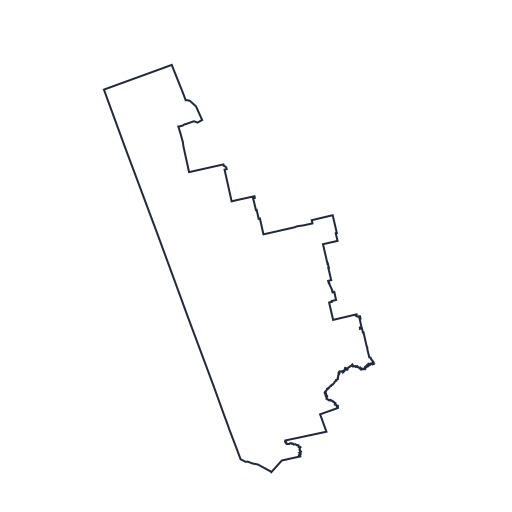 West Wimmera, Victoria, Australia, rotated 340°
{"feature_id": "25037944B702157588032", "entity_name": "West Wimmera", "entity_type": "district", "adm_level": 2, "iso_a3": "AUS", "parent_name": "Australia", "parent_adm1": "Victoria", "projection": "mercator", "projection_center": [141.548, -36.599], "detail": "fine", "context": "isolated", "style": "outline", "palette": "slate", "viewbox_px": 512, "rotation_deg": 340, "n_neighbors": 0, "source": "geoboundaries", "source_scale": "gbopen_adm2", "svg_char_len": 5809}
<svg xmlns="http://www.w3.org/2000/svg" viewBox="0 0 512 512"><g transform="rotate(340 256 256)"><path d="M262.1,445.2L262.1,426.7L281.8,426.8L281.6,426.7L281.5,426.4L281.5,425.8L281.3,425.5L281.5,425.1L281.2,425.1L280.5,424.9L280.5,424.4L280.5,424.2L280.8,423.8L280.7,423.5L280.4,423.4L280.2,423.0L279.3,422.7L279.2,422.6L279.4,422.1L279.6,422.0L279.9,422.2L280.1,422.0L280.3,421.3L280.2,421.2L279.7,420.9L279.6,420.4L279.3,419.9L278.9,419.7L278.9,419.1L278.3,418.8L278.1,418.3L277.9,418.0L277.7,417.6L277.2,417.7L276.8,417.4L276.7,416.9L276.5,416.5L275.4,416.7L275.3,416.3L274.7,415.9L274.6,415.7L274.1,415.2L274.2,414.8L274.0,414.7L273.8,414.3L273.5,414.2L273.8,413.5L273.7,413.3L274.8,412.4L275.0,412.1L274.9,411.8L274.9,411.4L274.6,411.2L274.4,411.1L274.3,411.3L274.3,411.7L274.1,411.9L273.8,411.8L273.6,411.3L273.8,410.6L273.9,410.1L274.7,409.5L274.8,409.2L274.8,408.6L274.7,408.5L274.2,408.4L273.8,408.4L274.0,407.9L273.9,407.7L274.1,407.5L274.6,407.1L274.8,407.0L275.1,407.3L275.6,407.0L276.1,406.4L276.8,406.0L277.1,405.6L277.2,405.1L277.6,405.0L277.8,405.5L278.7,405.4L278.9,405.2L279.0,405.0L279.2,404.8L280.1,404.5L280.3,404.2L281.3,403.7L282.0,403.8L282.3,403.3L283.4,402.9L283.8,403.1L284.3,403.1L284.5,402.9L285.5,402.2L285.9,402.1L286.8,401.3L287.5,401.0L287.9,400.7L288.6,400.7L288.8,400.1L289.1,400.3L289.7,399.9L290.6,399.7L290.9,399.1L291.2,399.2L291.3,399.0L291.2,398.3L292.0,397.3L292.2,396.8L292.4,396.7L292.6,396.1L293.0,395.7L293.3,395.7L293.4,395.4L293.8,395.3L294.1,395.1L294.1,394.8L293.9,394.5L294.2,394.5L294.4,394.3L294.5,394.1L294.3,393.9L294.4,393.7L294.3,393.4L294.7,393.1L295.1,393.0L295.7,393.4L296.5,393.5L297.1,393.7L297.7,394.2L297.7,394.4L297.6,394.5L298.0,394.8L298.0,395.1L298.4,394.9L298.3,394.2L298.5,393.7L299.0,393.7L299.3,394.2L299.6,394.4L300.0,394.1L301.0,392.1L301.5,391.6L301.8,391.8L301.8,392.5L301.8,393.4L302.0,393.8L302.6,394.1L303.1,394.1L303.3,393.9L303.3,393.5L303.1,393.1L303.1,392.7L303.9,392.9L304.2,392.6L304.9,392.5L305.2,392.3L305.8,392.3L306.3,392.2L306.7,391.8L307.2,391.9L307.7,391.7L308.5,391.6L309.2,390.9L309.5,390.8L309.6,391.2L309.5,391.4L309.2,391.8L308.9,391.9L308.7,392.1L309.1,392.3L309.3,392.7L309.3,393.0L310.1,393.2L310.5,393.1L311.0,393.2L311.3,393.4L311.3,393.6L311.4,393.9L311.8,394.4L312.0,394.4L312.3,393.8L312.7,394.1L312.5,394.4L312.9,394.7L313.1,394.0L313.4,394.0L313.7,394.8L314.6,396.3L314.9,396.5L315.3,396.4L315.5,396.4L315.4,396.7L315.0,397.0L315.3,397.4L315.3,397.7L315.4,397.9L316.1,397.8L315.9,398.2L316.0,398.8L316.5,398.9L317.6,398.5L317.9,398.5L318.0,398.7L318.0,398.9L318.2,399.1L318.4,399.2L318.5,399.1L318.5,398.7L319.1,398.7L319.2,399.2L319.8,399.7L320.2,399.5L320.3,399.3L320.4,398.6L320.3,398.4L320.7,398.2L321.1,398.2L321.1,397.9L320.7,398.0L320.4,397.9L320.6,397.4L321.1,397.2L321.8,397.6L322.4,397.7L322.6,398.0L323.5,398.0L323.5,397.8L323.5,397.3L323.4,397.2L323.1,397.1L323.1,396.9L322.9,396.8L322.9,396.5L323.2,396.4L323.6,396.4L324.1,396.1L324.3,396.2L324.2,396.5L324.4,396.7L324.1,397.1L324.7,397.2L324.9,397.4L325.1,397.4L324.9,396.9L325.2,396.5L325.3,396.0L325.6,396.2L326.7,396.3L326.9,396.6L327.3,396.4L327.6,396.7L327.7,397.1L328.2,397.1L328.3,397.6L329.0,397.5L329.4,397.8L329.9,397.7L329.6,397.1L329.1,396.9L329.2,396.0L329.4,395.8L329.6,395.9L329.9,396.9L330.1,396.6L329.7,395.5L330.0,395.2L329.6,394.8L329.3,393.9L329.3,393.3L328.9,392.6L329.1,391.8L328.8,390.6L327.8,390.0L328.7,381.7L328.8,381.2L329.0,381.0L329.1,380.2L329.4,379.7L329.1,378.8L329.1,378.6L330.9,364.5L330.3,364.4L330.8,360.2L328.8,360.0L329.1,358.7L330.8,358.9L331.9,350.5L332.8,350.6L333.1,348.4L331.8,348.3L331.9,347.8L330.7,347.7L329.5,346.4L330.6,345.3L330.5,345.2L306.6,342.4L308.8,324.7L311.7,325.0L311.8,324.2L316.2,324.7L317.3,316.6L315.5,316.4L315.7,314.2L315.9,314.2L315.4,308.5L315.6,306.4L315.1,306.4L315.3,304.0L318.4,304.4L319.9,291.9L320.4,292.1L320.9,287.7L320.5,287.8L323.0,267.8L337.8,269.7L338.7,261.9L339.8,262.1L342.0,243.9L320.6,241.4L320.2,244.7L310.7,243.4L305.1,242.2L301.9,242.2L270.4,238.2L272.5,222.1L271.2,222.0L272.4,212.9L271.6,212.8L272.7,204.1L272.9,200.8L274.8,201.0L275.0,199.3L257.0,196.9L255.7,196.7L255.6,196.8L251.8,196.3L256.0,164.1L258.2,164.3L258.3,162.5L257.1,160.5L256.5,160.2L256.7,158.8L221.8,154.3L225.3,128.1L226.2,124.1L227.0,114.2L227.3,107.8L228.4,108.1L229.6,108.1L230.5,108.3L232.2,108.3L233.3,107.9L234.4,107.9L235.3,108.1L243.4,108.1L244.0,108.3L246.6,110.6L251.9,109.8L250.8,94.9L246.9,87.5L246.4,87.3L244.3,85.8L243.2,85.6L243.1,76.4L242.2,49.1L242.2,47.6L170.0,47.6L170.1,107.7L170.9,200.0L171.1,271.0L171.1,288.0L171.7,362.2L171.6,397.4L171.7,400.9L171.7,402.5L171.6,409.7L171.9,429.8L172.0,441.7L175.7,445.7L176.0,445.9L178.0,446.5L181.9,449.9L186.4,452.5L196.0,463.4L196.4,464.4L210.3,457.0L222.6,458.6L229.1,459.5L229.2,459.1L228.9,459.1L228.7,458.9L228.3,458.9L228.1,458.7L228.1,457.9L228.5,457.4L228.3,457.3L228.8,457.3L228.9,457.6L229.1,457.5L229.2,457.8L229.7,457.7L229.6,457.2L229.8,457.4L229.8,457.7L230.1,457.5L230.2,457.3L230.2,456.9L230.3,456.7L230.2,456.3L230.5,456.4L230.7,456.2L230.7,455.9L230.5,455.7L230.4,455.6L231.3,455.1L231.1,454.8L230.9,454.8L230.7,454.9L230.6,454.7L230.6,454.3L230.9,454.4L230.9,454.1L231.1,453.8L230.6,452.8L231.6,451.4L232.0,451.1L232.4,451.0L232.4,450.7L232.1,450.4L230.8,450.2L230.7,450.0L230.7,449.8L231.0,449.4L231.1,448.9L231.2,448.7L231.2,448.4L230.6,448.2L230.4,447.8L229.6,447.7L228.7,446.4L228.0,446.1L227.2,446.2L226.8,445.7L226.6,445.7L226.3,445.2L226.4,444.8L226.1,444.5L225.8,444.4L225.4,444.6L225.2,444.6L225.0,444.1L224.9,443.9L224.0,443.6L223.8,443.6L223.0,444.0L220.7,443.3L220.5,443.0L220.6,442.9L220.5,442.7L220.6,442.3L220.2,441.9L220.5,441.4L220.1,441.2L220.3,440.5L219.9,440.3L220.1,439.9L220.4,440.1L220.5,440.0L220.7,439.4L262.1,445.2Z" fill="none" stroke="#1e293b" stroke-width="2"/></g></svg>